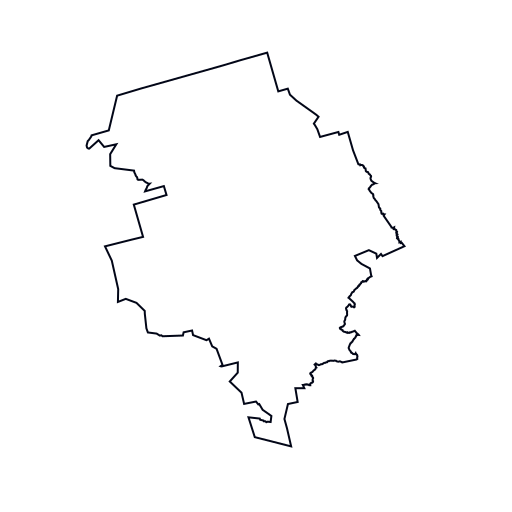 Janos, Chihuahua, Mexico, rotated 344°
{"feature_id": "50627088B67966039519122", "entity_name": "Janos", "entity_type": "district", "adm_level": 2, "iso_a3": "MEX", "parent_name": "Mexico", "parent_adm1": "Chihuahua", "projection": "albers", "projection_center": [-108.251, 30.757], "detail": "fine", "context": "isolated", "style": "outline", "palette": "ink", "viewbox_px": 512, "rotation_deg": 344, "n_neighbors": 0, "source": "geoboundaries", "source_scale": "gbopen_adm2", "svg_char_len": 6108}
<svg xmlns="http://www.w3.org/2000/svg" viewBox="0 0 512 512"><g transform="rotate(344 256 256)"><path d="M377.6,291.0L401.4,287.5L399.8,283.6L398.8,283.5L399.1,282.2L397.6,282.4L397.9,281.1L397.5,280.2L397.7,279.0L397.6,278.8L397.0,278.7L396.4,277.8L396.6,277.4L397.4,277.4L397.7,276.9L397.6,276.2L396.9,275.6L397.0,275.0L396.9,274.7L397.1,274.4L397.9,274.1L397.8,273.8L397.2,273.3L397.3,272.2L397.9,272.1L398.3,271.7L398.2,271.3L397.7,270.5L397.9,269.6L397.5,269.3L396.9,268.5L396.2,268.4L395.7,268.1L395.8,267.6L396.5,267.0L396.7,266.5L396.3,266.6L395.2,266.7L394.2,266.0L394.3,265.8L389.8,252.5L390.8,251.6L390.1,251.5L390.3,250.8L389.8,250.2L388.8,250.3L388.4,249.9L388.4,248.9L388.8,247.3L388.2,246.0L388.2,245.4L388.5,244.7L388.0,243.7L387.6,243.3L388.0,239.9L386.7,236.1L386.2,235.4L386.0,234.3L385.2,232.7L385.2,230.8L385.6,229.9L385.4,229.5L385.6,228.8L385.1,228.1L384.4,227.4L383.3,224.7L383.1,223.5L382.7,223.0L382.8,222.6L383.1,222.1L383.7,221.9L385.3,220.8L385.5,220.5L387.0,219.6L387.4,219.4L387.9,219.5L389.1,219.3L390.1,218.8L390.6,218.9L389.6,218.0L387.8,215.7L387.6,215.3L387.4,213.7L387.5,212.6L388.5,211.5L388.6,210.6L388.2,210.2L388.0,209.1L387.0,208.0L386.9,206.5L386.6,206.0L385.7,205.7L385.1,204.9L385.0,204.6L385.4,202.0L384.4,201.3L384.2,200.7L384.4,200.1L384.0,199.6L384.2,199.3L384.1,198.8L383.3,197.9L382.0,197.4L381.2,197.5L381.1,196.5L380.3,196.4L379.7,196.0L378.4,181.1L378.4,162.0L369.4,162.4L369.4,159.5L350.4,159.2L349.9,151.0L348.7,146.4L348.1,144.7L354.5,139.4L352.9,136.9L337.7,117.8L333.1,110.3L332.7,103.9L322.8,103.9L322.8,63.6L295.3,63.5L276.6,63.7L192.0,63.3L166.7,63.6L149.1,94.7L131.2,94.7L130.6,95.7L127.3,98.4L125.9,99.2L123.6,103.1L123.5,104.9L123.6,105.4L124.5,106.5L125.3,106.8L136.6,101.3L140.1,109.3L152.5,110.1L143.9,117.9L140.8,129.2L144.3,132.6L162.3,140.3L162.1,142.1L162.4,143.5L162.6,144.7L162.5,145.4L162.9,146.6L163.3,147.2L163.4,148.3L163.2,149.6L163.4,150.0L164.0,150.4L167.9,151.3L168.8,152.3L169.6,153.7L170.8,155.2L171.6,155.8L172.4,156.7L173.1,157.1L173.7,157.2L170.8,158.9L169.7,160.5L168.2,162.0L167.2,163.3L186.7,163.4L186.8,172.7L152.7,172.9L152.7,206.5L141.1,206.0L113.5,205.1L116.1,220.7L114.4,249.9L110.6,262.1L119.0,261.3L128.2,268.1L133.9,278.1L133.2,280.9L130.7,295.3L131.0,299.7L139.1,303.2L141.6,306.0L143.1,306.1L144.1,307.4L163.8,312.3L165.4,309.4L174.0,310.0L173.7,314.7L185.2,323.3L188.0,322.5L189.0,330.8L192.5,334.3L193.8,351.5L191.6,352.2L192.0,352.5L192.7,352.7L209.2,353.3L206.3,363.1L196.2,369.4L204.4,383.4L203.8,394.9L215.9,395.9L217.3,399.3L218.3,399.2L220.0,405.7L226.7,414.0L224.3,419.6L221.6,418.5L220.1,418.6L219.5,417.5L217.9,417.0L217.8,416.2L214.9,414.6L214.8,413.3L204.3,409.0L204.9,429.8L237.3,448.7L238.3,430.2L238.4,420.5L245.9,407.1L255.8,407.8L257.4,393.9L266.0,396.4L265.5,392.9L266.6,393.2L266.8,393.0L267.5,393.0L268.4,393.4L268.6,393.1L268.8,393.1L269.9,393.5L270.3,394.0L270.9,394.1L271.0,394.3L271.4,394.4L271.6,394.9L272.6,395.2L272.7,394.9L272.7,394.1L273.1,393.6L274.4,393.1L274.9,393.3L275.7,393.0L276.1,392.7L276.4,392.0L276.1,391.4L276.2,390.9L276.4,390.3L277.3,389.1L277.3,388.7L277.0,388.5L276.9,388.0L276.9,387.6L276.6,387.0L277.0,386.9L277.0,386.7L276.8,386.6L276.6,385.8L276.2,385.5L276.3,385.1L275.7,384.4L275.7,384.1L275.9,384.0L276.2,383.4L278.3,383.0L279.9,381.9L280.6,381.7L281.7,381.3L282.6,380.0L283.2,379.9L283.0,379.4L283.0,378.8L283.2,377.3L282.5,376.8L282.4,376.5L283.9,375.8L284.2,376.5L284.5,376.7L285.6,377.5L286.0,378.1L286.8,378.3L288.8,377.9L289.3,378.2L290.2,378.2L290.6,377.9L291.3,377.8L292.0,377.5L292.7,377.6L293.3,377.8L294.1,377.5L295.2,377.7L295.8,377.0L296.7,377.0L297.2,377.2L297.6,377.0L299.1,377.2L299.7,377.5L300.1,377.5L301.4,378.1L302.6,378.1L302.9,378.3L304.0,378.7L304.4,379.4L305.8,380.2L306.4,380.4L307.2,380.3L307.7,380.4L308.6,381.2L309.2,381.5L309.3,381.9L309.5,382.1L324.0,383.2L325.0,382.9L325.1,381.8L325.8,380.7L325.7,379.9L326.0,379.4L325.9,378.9L325.5,378.2L325.4,378.2L325.3,377.6L324.9,377.4L324.9,377.0L324.2,377.6L323.2,377.4L322.2,376.8L322.2,376.6L321.4,375.4L321.2,375.5L321.0,375.4L320.7,374.6L320.8,373.9L320.0,372.3L319.7,370.1L319.8,369.7L322.1,366.6L322.4,366.5L322.8,365.9L323.7,365.7L324.1,365.2L324.4,365.2L325.2,364.8L325.3,364.5L326.1,363.7L326.8,363.2L327.0,363.0L327.2,362.7L327.6,362.7L328.0,362.3L328.9,361.9L329.6,361.0L329.8,361.0L330.3,360.5L330.3,360.2L330.5,359.9L332.2,359.9L333.0,360.2L332.9,359.9L332.0,358.5L331.5,358.3L331.5,357.8L331.3,357.3L330.4,355.2L330.0,355.4L329.4,355.2L328.1,355.4L327.3,355.3L326.8,355.6L326.2,355.5L325.5,355.3L325.2,355.6L324.9,355.7L324.4,355.6L324.3,355.3L323.7,355.3L323.0,354.8L322.8,354.9L322.7,354.6L322.4,354.7L322.3,354.4L321.6,354.3L321.0,353.7L319.6,353.0L319.1,352.4L318.7,351.8L318.8,351.2L318.1,350.6L317.9,350.1L317.5,350.0L317.4,349.6L316.8,349.2L316.7,348.7L316.8,348.2L317.3,348.1L317.4,347.9L318.5,347.7L318.9,347.9L319.8,347.6L320.1,347.7L320.5,347.7L322.7,346.0L322.8,345.7L322.7,344.8L322.8,343.4L323.0,343.0L324.1,341.9L324.9,339.9L325.3,339.6L325.6,339.0L327.1,338.3L327.6,337.0L327.7,336.1L328.4,334.2L328.0,332.9L328.2,332.5L328.0,331.8L328.1,331.2L328.2,330.9L328.9,330.3L329.7,330.1L331.4,329.0L332.0,328.3L332.4,328.2L333.2,328.6L333.6,330.4L333.5,330.8L333.7,331.1L334.2,331.1L335.2,331.4L335.8,331.8L336.0,332.3L336.4,332.4L336.8,332.1L337.0,331.4L337.2,330.2L337.7,329.7L337.7,328.7L337.4,328.4L336.6,326.7L333.6,321.8L333.4,321.6L333.5,321.5L334.2,321.0L334.8,320.8L334.9,320.5L335.3,320.3L336.3,319.9L337.2,318.6L338.1,317.8L338.5,317.6L338.7,317.3L339.8,317.3L340.2,317.1L341.2,315.8L341.6,315.7L343.6,314.7L344.3,314.6L344.5,314.3L345.2,314.1L345.5,313.5L345.9,313.1L346.6,313.0L346.8,313.1L347.2,312.7L347.4,312.1L348.1,312.1L348.7,311.4L349.5,311.2L349.9,310.3L350.1,310.2L350.7,310.2L351.8,309.5L352.0,309.6L352.2,310.3L353.3,310.3L353.6,310.5L354.2,310.2L355.1,310.7L355.8,309.9L357.1,309.4L357.2,309.1L356.7,308.8L357.4,308.3L358.0,308.3L360.1,307.5L361.5,307.4L361.4,306.0L362.1,299.4L355.2,292.7L352.0,288.1L351.1,283.2L366.1,281.5L372.3,286.9L371.8,291.2L376.7,288.5L377.6,291.0Z" fill="none" stroke="#020617" stroke-width="2"/></g></svg>